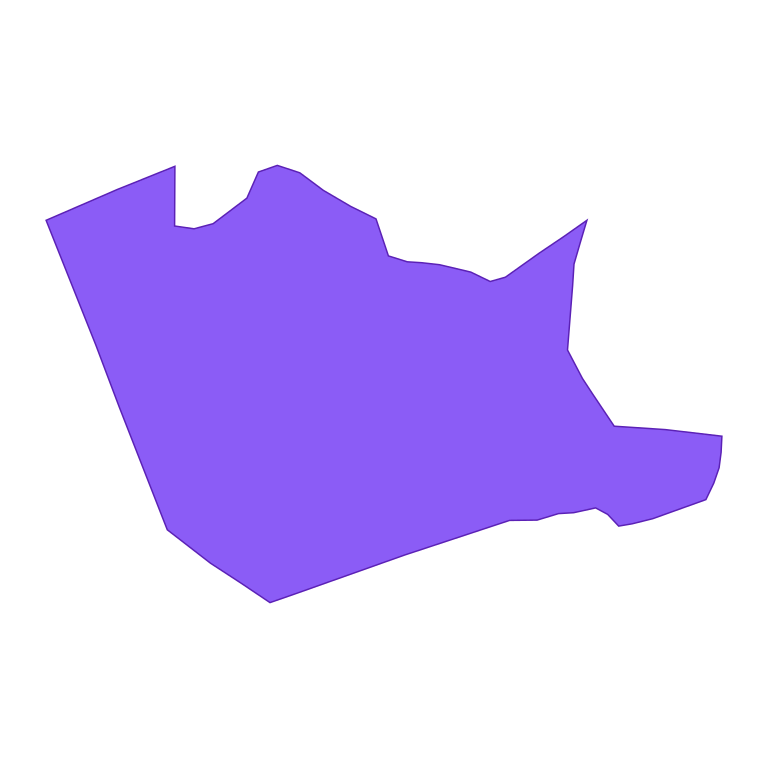 Cupira, Pernambuco, Brazil (Mercator projection)
{"feature_id": "56859067B27698814663708", "entity_name": "Cupira", "entity_type": "district", "adm_level": 2, "iso_a3": "BRA", "parent_name": "Brazil", "parent_adm1": "Pernambuco", "projection": "mercator", "projection_center": [-35.912, -8.583], "detail": "fine", "context": "isolated", "style": "filled", "palette": "violet", "viewbox_px": 768, "rotation_deg": 0, "n_neighbors": 0, "source": "geoboundaries", "source_scale": "gbopen_adm2", "svg_char_len": 778}
<svg xmlns="http://www.w3.org/2000/svg" viewBox="0 0 768 768"><path d="M174.9,166.3L117.0,189.6L46.1,220.3L95.9,345.2L119.2,406.9L167.3,529.8L210.6,563.3L239.9,582.4L270.0,602.6L295.3,593.8L404.4,555.1L509.6,520.4L537.1,520.1L558.5,513.6L573.7,512.7L595.6,507.9L607.7,514.4L618.7,526.1L632.2,523.8L652.7,518.7L705.9,499.6L713.8,483.1L719.1,467.8L721.1,452.4L721.9,436.2L665.4,429.6L614.2,426.2L592.5,393.8L582.4,378.4L567.5,350.0L572.6,286.0L574.0,264.1L580.2,242.8L586.9,220.3L563.0,237.1L539.4,253.0L505.4,277.2L490.2,281.5L470.8,272.1L439.5,264.7L421.5,262.7L407.2,261.8L388.4,255.9L376.0,218.9L350.7,206.4L323.4,190.4L299.8,172.8L277.3,165.4L258.4,172.0L246.9,198.1L213.1,223.7L194.0,228.8L174.6,226.0L174.9,166.3Z" fill="#8b5cf6" stroke="#5b21b6" stroke-width="1.5"/></svg>